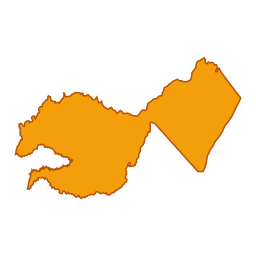 outline of Tapauá, Amazonas, Brazil
{"feature_id": "56859067B86448043312286", "entity_name": "Tapauá", "entity_type": "district", "adm_level": 2, "iso_a3": "BRA", "parent_name": "Brazil", "parent_adm1": "Amazonas", "projection": "equal_earth", "projection_center": [-66.034, -6.025], "detail": "fine", "context": "isolated", "style": "filled", "palette": "amber", "viewbox_px": 256, "rotation_deg": 0, "n_neighbors": 0, "source": "geoboundaries", "source_scale": "gbopen_adm2", "svg_char_len": 5694}
<svg xmlns="http://www.w3.org/2000/svg" viewBox="0 0 256 256"><path d="M204.0,57.7L203.1,58.7L201.5,59.2L200.1,60.6L198.1,61.0L197.0,62.2L196.3,64.1L195.5,68.0L191.9,72.9L191.6,76.3L190.9,79.2L190.4,79.9L187.3,81.6L183.6,81.8L181.6,80.7L179.6,80.9L177.4,79.3L172.5,81.5L170.2,83.7L168.5,84.6L167.7,86.0L164.5,87.6L164.1,88.4L163.6,90.8L162.3,92.9L162.0,95.0L161.5,95.7L159.1,96.1L156.4,98.7L153.7,99.0L149.5,102.7L148.2,103.1L146.8,107.2L146.7,109.1L146.0,110.2L144.8,110.7L143.8,109.8L141.7,110.6L139.0,114.4L136.6,116.3L131.7,115.2L129.7,113.9L127.5,113.1L123.5,113.6L121.6,111.2L120.6,110.6L119.9,110.8L118.2,112.6L116.7,113.2L115.5,110.8L113.2,110.0L111.3,107.4L110.2,107.8L108.4,109.4L105.0,107.6L103.5,106.1L102.4,104.5L101.6,101.2L99.7,102.9L98.7,102.5L97.9,100.8L96.8,97.0L94.9,99.6L92.8,99.8L91.3,97.3L89.9,96.8L88.5,94.9L87.8,94.6L86.5,95.6L84.1,95.9L82.9,95.3L82.7,94.9L83.1,93.6L82.5,93.2L81.8,93.1L80.7,94.2L79.8,93.0L75.1,92.5L73.1,94.0L72.2,94.0L71.0,95.5L69.5,96.4L66.8,96.5L65.9,97.1L65.3,96.8L65.1,95.8L64.6,95.4L64.9,94.5L64.4,93.2L63.9,93.0L63.6,93.7L64.1,94.4L63.3,98.3L61.5,99.4L61.0,101.1L60.1,101.3L59.5,102.9L59.0,103.3L57.8,102.4L55.5,102.9L55.4,101.7L54.9,101.3L54.4,101.7L52.6,101.5L51.7,100.3L51.1,100.4L50.7,99.9L50.5,97.1L48.5,95.8L47.8,97.1L47.7,98.4L47.2,100.0L46.6,100.3L46.0,100.0L45.3,101.2L42.5,104.0L42.1,106.7L40.3,106.6L40.3,107.1L39.0,107.9L38.7,110.0L39.7,111.6L38.0,113.4L35.3,118.8L34.8,118.2L34.4,116.0L33.7,115.9L32.0,116.8L31.5,117.8L32.7,120.2L32.4,121.4L29.4,122.5L29.1,120.9L27.1,121.0L25.9,122.0L25.3,122.0L24.6,123.7L24.5,126.1L24.2,126.3L23.6,126.2L21.1,123.4L19.2,123.8L19.1,126.6L19.5,128.0L20.1,128.2L20.4,129.0L20.0,134.2L20.5,135.5L21.4,136.2L22.3,139.4L22.1,139.9L21.2,139.7L20.5,140.3L20.1,141.8L19.3,142.7L19.2,144.3L17.4,146.3L16.0,151.0L16.2,152.3L15.4,154.4L17.6,153.8L18.8,155.9L20.3,156.6L21.1,155.9L21.9,157.0L23.5,155.9L24.4,156.1L24.9,155.5L26.7,155.6L28.9,153.5L30.0,154.3L31.0,153.2L32.1,152.9L33.0,150.8L34.5,149.3L37.1,148.8L37.8,145.7L38.7,144.5L39.9,144.9L40.6,144.5L41.2,145.0L42.7,144.2L44.1,145.6L44.9,147.3L47.4,146.8L47.5,147.4L49.0,147.2L49.7,148.0L50.5,147.9L51.2,148.5L52.3,148.5L53.9,150.1L54.5,151.8L55.0,151.9L55.4,152.6L55.1,153.5L56.2,153.2L56.3,153.8L57.0,153.4L58.3,154.1L58.5,153.8L58.9,154.7L59.5,154.3L60.8,154.7L61.2,155.6L61.5,155.2L61.6,155.9L62.9,156.2L63.4,157.0L64.7,156.6L65.7,157.4L66.3,156.8L67.6,156.8L68.6,158.1L68.7,158.9L69.3,158.6L69.1,159.0L69.7,159.5L69.2,159.6L69.6,160.2L70.2,159.8L70.7,160.6L71.4,159.7L72.3,159.9L72.1,161.1L71.7,161.2L71.5,160.7L71.4,161.3L71.0,160.9L70.6,161.4L71.0,162.0L70.3,162.1L70.2,162.8L69.9,162.8L70.0,163.8L69.6,164.9L68.8,165.0L68.3,166.2L67.9,166.1L68.1,165.9L67.9,165.4L67.5,166.1L67.2,165.4L66.7,166.1L66.5,165.6L65.5,165.7L65.2,166.2L64.3,166.1L63.8,165.6L63.3,166.3L63.1,165.8L62.9,166.6L61.9,167.7L61.7,167.0L61.0,167.1L60.5,168.1L59.6,168.3L59.2,169.0L58.4,168.5L58.6,169.2L57.9,168.9L57.3,169.4L56.5,168.4L56.1,169.2L55.4,168.9L55.2,169.8L54.2,170.2L53.9,169.8L54.0,169.4L52.9,169.5L52.5,168.9L51.8,169.7L50.9,168.9L49.9,170.0L49.7,168.4L49.1,169.0L48.8,168.1L48.4,168.6L47.7,167.4L46.8,167.2L46.1,166.4L45.0,167.9L44.4,167.4L44.6,168.0L44.0,168.0L44.0,168.4L43.5,168.1L43.3,168.9L43.0,168.8L42.9,168.2L43.3,168.0L43.0,167.7L42.5,168.3L42.4,167.7L42.2,168.2L41.8,168.0L41.3,169.1L40.6,168.5L40.1,168.8L40.4,169.5L39.9,170.2L40.2,170.5L40.0,170.9L39.5,170.6L39.4,171.1L38.9,170.6L38.5,171.2L36.8,171.3L36.6,170.4L36.2,170.0L36.1,170.7L35.2,170.1L35.0,170.6L34.0,170.3L33.7,170.6L33.4,169.9L33.1,170.2L33.3,170.8L32.7,171.3L32.7,170.7L32.0,170.0L32.1,171.0L31.5,171.3L31.9,172.1L30.4,173.3L30.8,173.7L30.5,174.1L30.6,174.8L29.9,174.5L30.4,175.3L30.5,177.5L29.5,179.0L27.5,189.1L28.0,189.2L28.4,188.6L29.3,189.1L30.2,187.9L30.8,187.8L30.9,186.1L33.2,184.2L33.5,182.2L34.8,181.0L35.6,181.5L36.2,180.1L38.1,180.0L38.4,177.8L41.0,178.0L42.1,177.2L44.1,178.4L44.7,178.2L44.9,179.0L45.5,178.2L46.7,179.0L47.4,179.8L48.2,181.8L49.9,183.0L50.2,183.7L49.9,184.9L50.9,185.2L50.8,185.9L51.6,186.5L52.1,188.1L53.6,187.2L54.6,188.8L55.5,189.4L56.8,188.9L58.6,189.5L59.6,191.2L59.2,192.7L60.3,193.4L62.2,193.5L63.1,191.2L63.7,190.9L64.8,191.8L66.3,194.0L66.8,193.8L67.5,192.4L69.1,193.7L71.4,193.6L71.8,194.3L72.7,194.1L73.6,195.1L74.2,194.9L74.6,196.0L75.3,196.2L76.2,197.3L77.6,196.3L78.4,196.4L78.5,195.5L78.8,195.5L80.3,197.8L81.5,198.3L82.8,197.1L84.9,197.6L86.1,196.4L87.3,196.4L88.2,195.3L90.6,194.7L91.4,194.1L93.9,194.9L95.4,193.4L95.5,192.4L97.1,191.6L100.8,193.7L103.1,192.7L105.5,193.7L106.5,193.1L107.0,194.6L108.5,195.0L110.2,194.6L111.8,193.0L112.5,193.1L113.7,192.0L114.2,192.4L115.0,191.3L115.6,191.1L115.9,190.2L117.1,190.0L120.6,187.6L121.3,187.6L122.2,185.5L124.4,183.8L125.0,182.4L126.5,181.7L126.9,180.7L126.8,179.2L126.0,178.7L125.3,177.3L126.6,174.1L126.3,173.0L126.5,171.3L125.7,169.2L127.3,166.5L128.6,163.1L129.1,162.7L129.9,162.7L130.3,163.9L129.9,165.4L129.2,165.6L129.0,166.1L129.3,166.5L134.4,165.8L135.1,165.3L135.4,163.7L136.4,162.5L136.7,159.5L138.6,157.1L139.1,153.1L140.3,151.3L140.6,147.3L143.2,144.6L144.1,142.9L145.1,137.8L147.2,135.8L148.0,132.4L150.2,131.8L150.2,122.8L151.1,122.2L154.7,123.4L197.9,171.5L203.0,171.6L204.6,168.4L206.2,163.3L207.3,155.7L209.2,152.6L209.7,150.9L211.1,148.4L213.3,145.6L215.3,141.3L219.1,136.7L222.2,131.8L225.1,125.2L227.1,123.2L231.5,117.0L239.7,100.3L240.6,97.9L221.9,73.4L219.1,68.1L218.1,68.6L217.3,71.4L216.3,72.0L215.7,71.7L215.6,70.4L217.0,69.0L217.2,68.1L216.6,65.1L216.0,64.6L214.6,65.1L213.1,62.8L212.0,62.3L209.9,62.9L208.4,62.0L207.9,62.4L207.4,63.8L206.6,63.6L205.2,62.3L205.2,60.8L205.6,59.8L204.8,59.2L204.0,57.7Z" fill="#f59e0b" stroke="#b45309" stroke-width="1.5"/></svg>